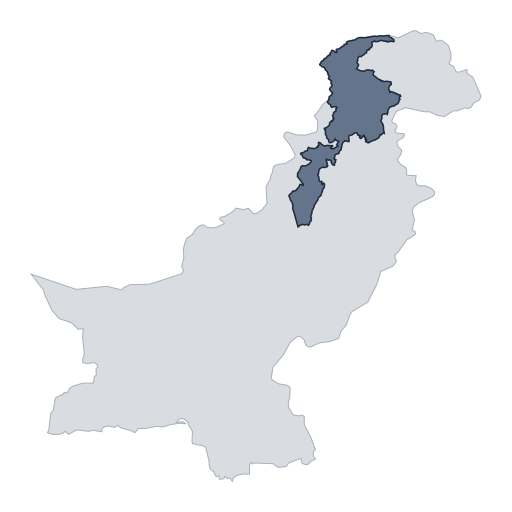 K.P. highlighted on a map of Pakistan
{"feature_id": "PAK-1123", "entity_name": "K.P.", "entity_type": "Province", "adm_level": 1, "iso_a3": "PAK", "parent_name": "Pakistan", "parent_adm1": "", "projection": "natural_earth1", "projection_center": [72.151, 34.071], "detail": "fine", "context": "in_parent", "style": "filled", "palette": "slate", "viewbox_px": 512, "rotation_deg": 0, "n_neighbors": 0, "source": "natural_earth", "source_scale": "10m", "svg_char_len": 9521}
<svg xmlns="http://www.w3.org/2000/svg" viewBox="0 0 512 512"><path d="M472.9,77.2L480.9,95.9L479.6,99.9L473.7,103.0L471.4,106.9L468.6,108.6L464.8,107.9L457.0,110.9L453.4,110.8L444.4,116.5L437.3,115.4L430.0,111.9L423.5,111.7L405.6,107.6L396.3,111.4L391.8,120.7L392.2,122.5L395.4,123.8L396.7,125.5L396.9,127.1L394.9,131.0L396.1,132.9L404.3,133.9L404.4,135.4L403.5,137.4L397.6,140.7L396.9,143.0L397.7,146.0L401.7,150.3L400.9,154.4L397.5,159.2L397.8,161.0L401.2,164.9L406.1,167.7L406.8,172.2L406.2,173.9L407.5,175.3L416.1,175.7L415.5,180.8L416.7,184.6L419.6,185.9L425.1,185.7L431.9,188.8L434.7,191.9L434.5,194.1L432.6,196.6L418.4,203.1L413.3,207.5L412.1,211.1L414.4,219.5L412.4,229.0L413.0,230.8L415.0,231.5L415.6,234.1L408.6,238.9L407.5,238.9L398.4,251.6L395.3,254.5L394.9,257.3L396.3,261.7L392.9,266.1L380.9,271.5L376.8,284.5L367.7,302.2L352.0,311.6L350.6,313.5L346.0,325.4L340.9,331.2L338.7,338.4L329.6,341.6L319.5,342.9L310.8,346.9L308.6,347.0L305.7,345.0L303.9,339.3L300.0,336.4L297.6,336.3L290.3,342.3L283.3,355.0L273.1,366.9L271.2,377.8L272.2,379.9L278.6,383.8L287.7,385.4L290.2,387.9L289.7,397.8L288.2,402.6L288.8,408.1L293.4,415.0L298.6,415.9L302.0,415.0L304.2,416.4L304.3,424.6L310.6,436.9L315.4,449.6L313.4,451.9L313.2,453.5L313.3,456.4L315.3,458.3L315.3,459.3L310.8,461.3L308.5,464.0L306.0,464.8L302.1,463.4L301.2,458.7L299.6,458.9L288.5,463.2L286.3,466.4L280.2,467.3L277.6,467.1L273.2,463.7L254.6,463.0L252.5,464.0L251.2,462.3L249.7,463.9L249.5,474.1L242.8,474.0L236.9,475.4L233.6,477.8L232.2,481.3L230.0,478.1L227.5,478.7L225.0,476.2L223.8,478.7L219.5,479.3L218.9,475.6L216.5,476.9L214.9,474.9L214.1,472.3L211.0,469.8L209.4,467.0L208.9,460.4L205.7,447.3L203.7,446.0L192.5,443.7L192.0,441.4L192.5,431.3L189.0,426.1L188.0,422.6L185.0,419.5L182.1,418.6L179.1,419.0L176.6,422.3L183.0,421.8L186.1,423.9L179.5,423.2L169.6,424.8L163.8,426.9L156.1,426.3L146.3,428.4L138.3,428.6L134.9,432.7L131.6,431.0L120.6,427.7L118.0,425.3L114.5,427.4L108.5,425.9L103.8,427.0L102.1,428.9L101.9,431.8L92.8,430.3L88.4,431.4L78.6,430.0L75.9,430.3L68.6,434.4L65.4,431.4L62.2,433.7L57.1,434.5L52.4,434.3L47.5,432.7L48.9,429.3L50.6,413.5L53.3,410.4L55.1,399.4L56.0,397.4L63.1,394.3L64.1,392.5L67.3,392.9L69.5,388.4L73.1,386.0L82.9,383.2L93.4,383.0L94.3,376.6L96.2,375.2L96.1,368.5L97.9,366.9L97.8,366.0L96.5,364.1L94.1,362.5L87.0,363.7L82.7,362.6L82.8,359.0L84.3,354.2L82.6,337.1L83.3,328.9L77.9,329.2L72.1,323.1L59.2,318.6L51.9,310.3L44.4,294.2L43.9,290.6L31.1,274.1L76.3,289.4L106.9,286.3L121.6,289.9L123.7,287.6L130.0,284.7L149.6,284.2L181.5,273.8L183.8,270.3L182.0,267.8L181.8,265.5L183.8,258.4L183.4,248.6L185.2,242.0L186.6,238.3L192.2,234.6L196.0,228.7L198.8,226.4L201.5,225.0L204.3,225.1L206.7,227.1L211.5,227.9L216.1,227.4L224.1,223.7L224.0,222.5L220.2,219.9L219.7,218.1L221.1,217.0L224.2,216.7L231.9,212.3L236.0,208.1L243.8,209.7L248.1,208.1L253.2,213.4L255.6,213.8L261.5,210.3L267.0,203.5L266.1,186.7L270.7,178.2L270.7,175.5L272.1,173.1L273.5,166.8L275.3,165.3L279.1,164.2L285.0,163.6L294.5,157.7L295.1,154.9L291.0,146.4L283.8,137.0L284.4,133.3L287.3,131.8L296.4,134.9L305.4,135.2L316.4,131.9L317.5,129.5L317.6,121.0L314.1,115.6L316.8,113.2L323.1,104.1L327.5,100.8L332.1,93.5L330.0,89.9L331.5,85.8L330.8,81.1L329.3,79.4L326.8,71.4L324.5,67.9L320.2,64.4L321.5,61.7L332.2,51.0L336.3,51.2L337.7,49.3L345.1,44.3L346.8,42.1L359.5,37.7L372.9,36.4L390.7,35.7L398.0,37.9L413.3,30.7L415.8,30.8L421.2,33.6L425.6,32.4L428.1,32.9L433.6,34.9L435.8,40.8L436.8,41.3L439.9,40.1L442.4,40.7L448.4,45.5L450.9,52.8L450.8,60.1L449.1,62.8L449.4,64.1L453.7,66.4L455.9,71.6L458.7,72.2L466.9,69.6L467.3,73.5L472.9,77.2Z" fill="#d9dde1" stroke="#a8b0b8" stroke-width="1"/><path d="M387.2,35.5L389.1,35.5L389.0,36.2L389.4,37.0L391.1,37.6L393.7,39.5L394.0,40.4L393.9,41.6L393.6,41.7L391.3,41.1L390.4,41.6L389.4,41.2L388.2,42.0L386.7,41.8L386.0,40.9L385.3,41.2L383.9,41.1L381.1,40.3L377.8,41.5L375.6,41.7L374.6,40.9L373.3,41.8L371.8,42.2L371.8,43.3L372.3,45.4L371.3,47.5L369.2,48.6L369.5,49.4L369.4,49.8L366.9,50.2L366.7,50.9L366.7,52.4L366.4,52.8L365.1,53.3L363.9,54.7L362.1,55.6L361.4,56.6L359.5,56.4L358.7,56.8L358.1,57.6L357.6,59.9L357.8,60.7L357.0,62.0L356.9,62.5L357.3,63.3L358.3,64.3L358.6,65.2L356.6,69.0L360.4,70.7L364.2,71.3L364.5,71.3L364.9,70.8L366.3,70.0L369.0,69.9L371.0,70.7L371.6,70.5L372.2,70.0L374.1,71.7L373.3,72.7L373.3,75.1L377.8,78.6L378.3,79.3L380.3,79.7L381.1,81.1L382.0,80.6L382.6,80.8L383.7,81.6L387.1,81.3L391.0,82.0L391.3,84.5L389.8,85.5L388.8,87.5L388.7,89.2L389.6,90.7L389.5,92.0L390.0,92.6L391.1,91.7L392.1,91.7L392.9,92.1L393.6,92.8L394.2,92.6L395.2,92.9L396.0,93.9L397.1,93.7L398.2,94.7L400.1,94.9L400.2,95.5L400.7,96.3L399.7,96.8L399.2,97.8L399.2,98.3L399.9,98.8L400.1,99.2L399.2,100.3L398.9,101.9L398.3,102.6L398.0,103.4L397.7,103.9L396.1,104.3L394.3,106.0L392.4,106.1L391.4,106.7L390.5,106.8L389.4,107.7L387.7,110.8L388.0,112.1L387.1,114.4L386.6,113.7L386.0,113.6L384.6,114.2L383.5,114.1L382.3,114.5L381.9,115.8L382.0,117.0L381.7,117.6L381.7,119.0L381.0,120.8L381.1,121.5L383.0,124.4L383.5,126.8L383.5,129.2L384.3,133.3L383.5,132.9L382.6,133.4L381.5,134.8L380.5,134.6L380.0,134.7L379.8,135.2L379.9,135.7L378.6,138.0L376.6,139.0L375.3,140.0L374.0,140.0L372.4,141.0L370.9,141.3L369.3,142.5L368.0,142.8L368.0,142.1L365.7,141.8L365.7,140.8L366.4,140.2L366.6,139.7L366.1,139.4L365.5,139.5L365.2,139.3L365.6,138.6L365.6,137.7L365.4,137.4L364.8,137.5L364.3,137.0L364.2,136.7L364.4,135.9L363.9,135.3L363.4,135.5L362.8,136.1L362.8,136.7L362.2,137.1L361.6,138.1L360.6,138.5L359.4,137.4L359.5,136.9L360.5,136.1L360.4,135.8L359.9,135.5L358.0,135.2L357.6,134.7L356.9,132.8L355.3,132.8L354.3,133.2L352.1,134.9L349.1,135.6L348.7,136.9L349.1,140.2L348.9,141.5L348.3,141.1L347.6,141.5L344.9,140.7L344.2,141.5L343.1,142.1L341.8,145.4L341.7,147.2L341.2,148.1L341.2,149.6L339.8,150.9L339.0,152.4L339.1,153.1L338.3,153.8L336.9,153.9L335.3,154.7L334.8,155.4L334.9,156.6L334.2,158.2L334.3,158.8L334.8,159.1L334.5,159.1L335.6,160.5L335.7,161.2L335.5,161.9L334.8,163.1L334.5,163.7L334.5,165.0L334.2,165.4L332.8,164.8L331.8,163.6L331.3,162.6L331.2,161.1L330.6,160.3L329.7,159.8L328.4,160.2L327.4,159.8L326.6,159.1L326.4,159.3L326.2,160.7L326.6,161.3L326.7,162.0L327.2,163.0L326.9,164.8L327.6,165.1L327.7,165.6L327.6,166.1L326.9,166.9L324.4,167.6L323.0,167.0L320.0,168.5L318.9,170.3L318.5,173.9L317.7,174.5L318.8,177.0L318.9,178.6L319.4,181.1L320.1,181.5L321.9,181.4L322.0,182.2L321.6,183.6L322.1,184.6L322.3,184.6L323.4,183.2L324.0,183.2L324.5,184.4L324.4,186.7L323.9,187.8L322.6,189.8L322.4,191.5L321.6,193.1L321.1,195.2L320.7,195.8L319.4,196.6L318.2,198.2L317.8,200.1L316.2,202.0L315.7,203.4L314.5,204.8L313.8,207.5L311.9,211.2L312.0,212.8L310.6,216.6L311.5,218.0L311.0,218.7L311.2,219.7L311.1,220.9L309.8,221.9L309.6,223.0L309.6,223.6L308.5,225.3L307.0,224.3L304.8,225.0L302.4,224.3L301.0,225.2L299.7,225.3L299.1,225.9L298.7,226.8L298.0,226.9L293.5,210.8L293.0,209.8L292.7,207.8L292.9,205.6L291.8,201.6L290.7,200.6L290.4,200.0L289.8,197.6L288.9,196.2L289.0,195.5L289.7,194.4L291.6,193.0L292.7,191.2L294.0,190.9L294.9,191.0L296.5,189.8L297.3,188.6L298.9,187.0L299.9,184.4L300.8,184.3L302.6,185.4L303.4,185.1L303.1,184.0L298.0,177.1L297.5,176.9L297.6,173.0L298.2,172.6L300.1,169.4L301.0,166.7L302.4,165.7L304.7,166.0L307.3,165.2L308.2,164.3L309.1,164.0L310.9,161.9L311.3,161.1L311.0,160.5L309.4,160.0L306.4,159.7L306.3,159.4L306.4,158.7L303.4,157.8L302.7,156.8L302.3,155.2L300.6,154.1L300.7,153.3L301.3,152.9L303.6,152.5L305.0,151.2L307.5,150.6L307.6,150.3L307.7,148.7L308.4,147.4L308.9,147.4L310.3,148.2L314.7,148.6L315.5,148.3L316.2,147.7L317.7,147.3L317.8,147.1L317.3,146.7L317.3,146.3L318.9,145.4L318.5,143.9L318.5,142.5L318.6,142.3L320.4,142.9L321.3,144.1L324.4,146.1L325.5,145.7L327.2,145.4L331.5,145.7L332.4,145.6L332.7,146.0L332.6,146.5L330.7,147.5L330.5,147.8L330.8,148.3L331.7,148.7L333.5,148.7L336.5,146.9L337.7,146.5L338.0,146.1L337.9,145.8L336.6,144.7L338.4,141.9L338.6,141.4L338.4,141.0L336.3,140.6L335.8,140.1L335.2,138.9L334.2,140.6L332.9,141.6L331.4,142.5L330.1,142.7L329.3,142.6L328.7,141.2L328.7,139.8L326.7,138.0L326.6,136.0L325.6,134.7L325.3,134.0L325.6,132.2L325.4,131.4L325.0,130.8L325.4,130.3L325.4,129.7L324.3,128.9L324.4,128.3L326.6,127.5L328.5,125.9L328.8,125.4L329.7,124.6L329.6,122.9L330.3,122.3L330.4,121.9L331.2,121.1L332.0,121.5L332.1,120.5L333.0,120.2L333.1,119.3L334.0,118.7L333.7,117.8L333.1,117.8L333.0,116.7L332.6,115.3L333.3,114.6L333.7,112.5L334.8,111.5L335.2,111.6L335.8,111.2L336.0,109.7L335.8,108.8L337.0,107.8L336.3,106.9L334.2,106.5L332.2,107.4L331.5,107.2L330.9,106.6L330.4,104.4L328.6,103.8L327.3,101.8L327.9,101.4L328.4,100.2L329.1,99.4L329.0,97.2L329.7,96.3L331.6,95.0L332.6,93.2L332.4,92.8L331.6,92.1L329.6,89.5L329.7,88.5L332.1,85.8L332.1,85.1L331.2,83.7L331.0,83.0L331.4,81.0L330.7,80.2L328.6,79.0L328.4,78.4L329.2,77.1L329.4,76.5L329.2,75.9L328.1,74.6L328.0,73.2L326.9,71.1L325.3,69.7L325.0,69.2L324.9,68.1L324.5,67.6L322.2,66.8L321.5,66.0L319.8,64.9L319.7,64.2L320.9,62.8L321.3,61.5L323.4,60.3L323.9,59.0L325.6,58.4L328.3,55.6L330.4,54.7L330.0,53.7L330.1,53.2L331.1,52.2L331.6,50.6L331.9,50.3L332.9,50.5L334.5,51.5L335.3,52.4L335.7,52.6L336.6,52.4L336.9,52.0L336.4,50.6L336.3,49.5L336.9,49.2L339.1,48.9L341.9,46.7L343.6,46.1L344.0,45.7L343.9,44.9L344.1,44.6L347.2,43.7L346.6,42.5L346.7,42.0L347.1,41.7L348.3,41.2L350.7,40.7L351.9,40.6L353.1,40.2L354.9,40.1L356.6,38.7L357.9,38.0L359.7,37.6L361.5,37.5L363.7,37.8L366.1,37.7L368.3,37.0L369.5,37.3L370.9,36.6L375.0,36.1L377.0,36.5L378.8,35.9L380.1,36.0L381.9,35.8L383.6,36.1L387.2,35.5Z" fill="#64748b" stroke="#1e293b" stroke-width="1.5"/></svg>